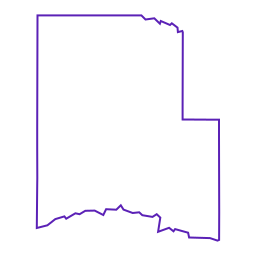 Winn, Louisiana, United States of America, rotated 270°
{"feature_id": "52423323B15053613174821", "entity_name": "Winn", "entity_type": "district", "adm_level": 2, "iso_a3": "USA", "parent_name": "United States of America", "parent_adm1": "Louisiana", "projection": "natural_earth1", "projection_center": [-92.735, 31.928], "detail": "fine", "context": "isolated", "style": "outline", "palette": "violet", "viewbox_px": 256, "rotation_deg": 270, "n_neighbors": 0, "source": "geoboundaries", "source_scale": "gbopen_adm2", "svg_char_len": 754}
<svg xmlns="http://www.w3.org/2000/svg" viewBox="0 0 256 256"><g transform="rotate(270 128 128)"><path d="M70.2,37.2L28.0,36.8L30.7,47.4L36.9,55.3L39.6,64.4L37.3,66.2L42.7,75.4L41.8,79.6L45.2,85.3L45.4,94.7L41.0,103.3L46.8,106.1L46.3,116.3L50.7,120.8L46.4,123.5L43.0,132.7L43.7,139.2L40.8,142.3L39.1,152.5L41.8,156.7L38.4,160.3L24.2,158.1L28.2,169.1L24.7,173.5L26.9,175.1L23.3,188.1L18.5,189.1L17.9,210.0L15.4,217.5L16.1,219.1L43.8,219.2L120.1,219.0L136.3,219.0L136.3,217.7L136.5,182.6L150.1,182.6L223.7,182.8L225.0,182.3L223.9,177.9L228.4,177.5L232.7,171.8L231.0,170.0L235.0,160.8L232.3,159.9L237.7,154.3L236.5,145.5L240.6,141.4L240.6,128.4L240.6,37.5L127.4,37.2L109.2,37.2L78.0,37.3L70.2,37.2Z" fill="none" stroke="#5b21b6" stroke-width="2"/></g></svg>